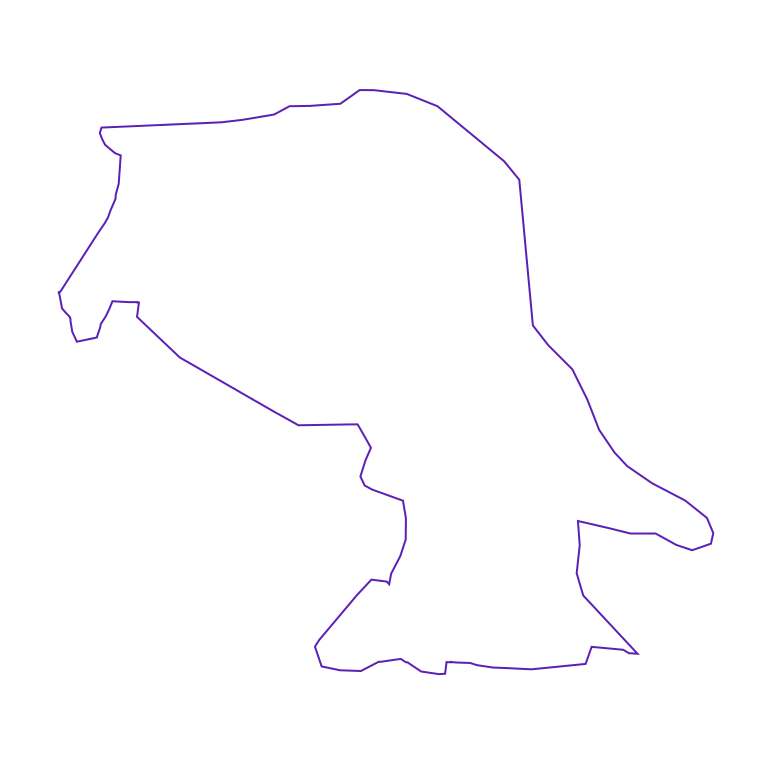 outline of Boldumsaz, Tashauz, Turkmenistan, rotated 356°
{"feature_id": "10190150B19279847457631", "entity_name": "Boldumsaz", "entity_type": "district", "adm_level": 2, "iso_a3": "TKM", "parent_name": "Turkmenistan", "parent_adm1": "Tashauz", "projection": "equal_earth", "projection_center": [59.725, 41.991], "detail": "fine", "context": "isolated", "style": "outline", "palette": "violet", "viewbox_px": 768, "rotation_deg": 356, "n_neighbors": 0, "source": "geoboundaries", "source_scale": "gbopen_adm2", "svg_char_len": 1699}
<svg xmlns="http://www.w3.org/2000/svg" viewBox="0 0 768 768"><g transform="rotate(356 384 384)"><path d="M120.0,120.2L122.5,126.0L131.8,135.0L137.3,137.6L133.3,165.9L129.6,176.4L129.1,180.6L123.3,191.7L120.1,199.0L118.2,201.6L117.4,203.1L108.4,214.6L67.6,269.3L65.9,269.7L65.9,270.4L66.3,270.4L68.1,286.1L71.6,290.8L75.3,295.3L75.3,295.9L75.7,296.4L75.7,300.0L76.7,310.3L80.6,320.4L100.7,317.6L104.7,308.1L105.7,304.4L111.2,297.0L115.1,290.2L118.9,282.5L135.7,284.6L143.9,285.1L143.8,285.6L145.2,285.8L142.3,299.8L181.5,342.6L182.0,343.2L183.3,344.1L208.5,361.0L240.3,382.4L272.9,404.3L295.8,419.2L321.8,420.6L342.9,421.7L354.8,422.4L356.6,425.9L364.1,441.6L366.5,446.7L360.1,459.1L354.0,474.6L357.6,483.9L365.0,488.6L382.7,496.4L393.5,501.2L394.8,501.7L396.1,515.1L396.5,519.6L394.8,540.7L388.2,556.9L377.9,573.7L375.2,584.1L373.0,581.3L357.8,578.3L342.7,592.3L301.5,634.8L296.8,641.2L302.1,661.4L317.7,665.8L320.1,666.5L340.9,668.7L359.4,660.7L361.5,660.9L381.5,659.4L386.4,663.1L388.0,663.3L401.0,673.4L418.8,677.3L424.7,677.3L427.0,665.8L431.5,666.3L431.5,665.9L436.0,666.8L450.5,668.3L457.0,670.9L472.7,674.4L486.9,676.0L507.8,678.5L511.5,678.9L565.6,677.3L572.8,660.7L604.1,665.8L609.5,669.6L618.1,670.8L568.0,608.9L563.0,586.2L568.0,558.5L567.9,534.2L599.6,543.9L619.5,550.4L644.5,552.1L664.5,565.0L679.8,571.3L699.0,566.1L702.1,555.7L696.8,540.1L676.5,521.4L644.5,501.7L621.0,483.0L609.2,468.5L595.4,444.7L585.7,413.6L572.9,382.5L550.5,356.7L536.6,336.0L533.2,189.7L519.4,170.2L456.7,110.6L426.9,96.2L394.0,90.1L380.2,89.1L360.0,101.4L329.3,101.4L309.1,100.3L293.2,107.5L261.3,110.6L240.1,111.6L120.1,108.5L118.0,113.8L120.0,120.2Z" fill="none" stroke="#5b21b6" stroke-width="2"/></g></svg>